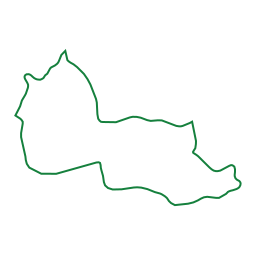 SVG path tracing the border of Dowa
{"feature_id": "MWI-1908", "entity_name": "Dowa", "entity_type": "District", "adm_level": 1, "iso_a3": "MWI", "parent_name": "Malawi", "parent_adm1": "", "projection": "albers", "projection_center": [33.856, -13.529], "detail": "fine", "context": "isolated", "style": "outline", "palette": "green", "viewbox_px": 256, "rotation_deg": 0, "n_neighbors": 0, "source": "natural_earth", "source_scale": "10m", "svg_char_len": 1854}
<svg xmlns="http://www.w3.org/2000/svg" viewBox="0 0 256 256"><path d="M192.1,121.7L196.0,141.0L195.9,144.1L195.3,148.2L194.0,150.2L193.0,152.0L193.3,152.9L196.4,154.9L198.1,156.2L209.5,167.5L211.6,169.3L213.7,170.6L215.7,171.1L217.8,171.1L220.3,170.6L229.3,165.8L231.1,165.1L232.5,165.3L234.3,166.6L235.0,169.2L235.0,172.0L234.7,174.5L234.7,176.1L235.5,178.3L236.9,179.7L239.3,181.0L240.3,182.3L240.6,183.3L240.4,185.0L239.8,186.3L239.2,187.3L237.9,188.3L236.6,189.0L233.0,190.2L230.5,190.8L228.9,191.4L227.8,192.0L227.4,192.5L227.1,192.8L226.0,193.9L219.0,197.9L216.4,197.9L207.2,196.8L203.9,197.3L201.0,198.6L197.9,200.4L193.4,202.4L188.1,203.7L174.9,205.1L171.1,203.1L168.9,201.0L167.6,199.0L166.8,197.9L164.8,196.2L161.6,194.2L160.0,193.5L154.9,192.1L147.4,189.1L141.2,187.6L137.2,187.3L133.8,187.5L121.6,189.3L112.7,189.5L108.0,188.0L105.1,185.4L103.9,182.1L103.0,175.9L101.4,170.2L100.8,167.7L100.6,165.1L100.0,162.9L98.7,162.3L96.4,162.5L56.2,173.8L41.2,173.7L29.3,167.6L26.8,163.8L25.8,160.0L25.4,156.4L21.1,137.1L21.1,133.1L22.7,123.7L22.7,121.7L21.5,119.9L20.3,118.7L15.4,115.5L20.1,106.3L21.9,100.5L25.0,95.3L25.9,93.6L27.9,87.7L28.1,86.2L28.1,84.8L27.6,83.5L27.0,82.3L25.7,80.1L25.1,79.0L24.6,77.7L24.6,76.3L25.3,75.1L26.6,74.3L28.8,74.2L30.3,74.8L31.5,75.7L32.4,76.6L34.2,78.1L35.1,78.6L35.9,79.0L37.1,79.4L38.6,79.6L40.2,79.7L41.7,79.1L43.4,78.1L45.2,75.3L47.3,73.7L50.1,68.5L51.2,67.4L54.9,65.5L57.1,63.8L58.2,62.5L59.1,60.6L61.4,54.9L65.3,50.9L67.4,60.1L68.6,61.3L70.6,62.7L73.5,64.3L77.1,67.1L83.9,73.9L87.5,79.1L90.4,84.5L96.0,98.9L96.8,102.5L97.4,114.2L98.2,118.7L99.6,120.7L101.0,121.8L102.8,122.0L116.0,122.2L129.9,117.4L132.7,116.8L136.7,116.9L140.7,117.7L147.1,120.1L150.7,120.9L157.9,120.3L161.8,120.4L176.3,125.9L178.9,126.3L181.0,126.3L182.7,125.9L189.8,123.0L192.1,121.7Z" fill="none" stroke="#15803d" stroke-width="2"/></svg>